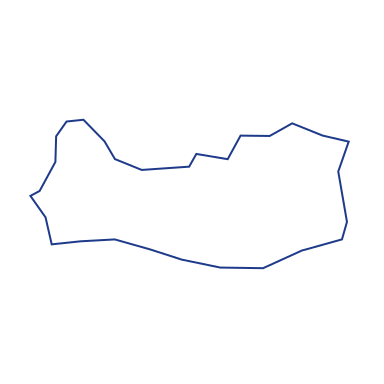 Bromölla, Skåne, Sweden (Mercator projection), rotated 84°
{"feature_id": "70781695B19839460749296", "entity_name": "Bromölla", "entity_type": "district", "adm_level": 2, "iso_a3": "SWE", "parent_name": "Sweden", "parent_adm1": "Skåne", "projection": "mercator", "projection_center": [14.508, 56.147], "detail": "fine", "context": "isolated", "style": "outline", "palette": "blue", "viewbox_px": 384, "rotation_deg": 84, "n_neighbors": 0, "source": "geoboundaries", "source_scale": "gbopen_adm2", "svg_char_len": 529}
<svg xmlns="http://www.w3.org/2000/svg" viewBox="0 0 384 384"><g transform="rotate(84 192 192)"><path d="M179.0,353.1L201.9,340.3L229.4,337.0L229.4,307.7L231.1,273.7L244.7,239.7L258.2,209.2L270.1,171.8L275.2,129.3L261.6,88.6L261.2,85.7L254.8,47.8L237.9,41.0L186.9,44.4L158.3,30.9L149.5,56.3L134.2,85.2L144.4,108.9L141.0,137.8L163.1,153.1L154.6,183.7L166.5,192.2L164.8,239.7L151.2,265.2L132.5,273.7L108.8,292.4L108.8,309.4L122.4,321.3L147.8,324.7L175.0,343.4L179.0,353.1Z" fill="none" stroke="#1e3a8a" stroke-width="2"/></g></svg>